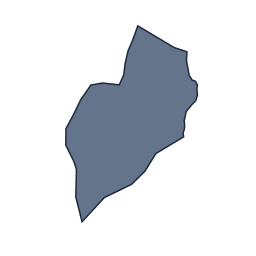 SVG path tracing the border of Kinkkale, rotated 13°
{"feature_id": "TUR-3019", "entity_name": "Kinkkale", "entity_type": "Province", "adm_level": 1, "iso_a3": "TUR", "parent_name": "Turkey", "parent_adm1": "", "projection": "mercator", "projection_center": [33.764, 39.803], "detail": "fine", "context": "isolated", "style": "filled", "palette": "slate", "viewbox_px": 256, "rotation_deg": 13, "n_neighbors": 0, "source": "natural_earth", "source_scale": "10m", "svg_char_len": 608}
<svg xmlns="http://www.w3.org/2000/svg" viewBox="0 0 256 256"><g transform="rotate(13 128 128)"><path d="M104.3,229.7L92.7,207.0L87.1,180.1L82.9,172.9L71.3,158.8L67.7,142.7L72.0,126.7L75.7,110.6L82.2,94.5L93.0,89.9L109.8,87.9L111.9,77.0L110.7,65.7L110.7,52.8L112.7,41.9L114.6,26.3L154.7,39.2L168.3,40.5L169.9,49.5L175.9,63.1L179.6,66.8L183.1,67.3L185.9,70.3L186.2,72.4L186.4,74.7L188.3,80.2L187.8,86.4L184.9,91.0L181.0,98.9L181.2,108.6L182.5,112.3L183.2,116.3L182.8,120.3L184.2,124.1L160.9,146.6L154.3,166.1L144.3,181.9L120.6,201.1L104.3,229.7Z" fill="#64748b" stroke="#1e293b" stroke-width="1.5"/></g></svg>